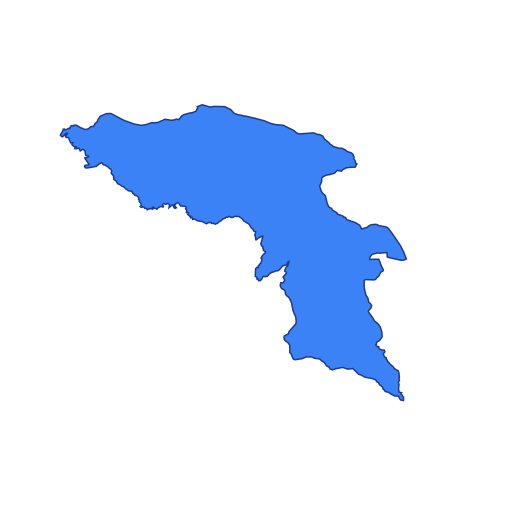 the district of Albania, Santander, Colombia, rotated 249°
{"feature_id": "7082276B24505631438522", "entity_name": "Albania", "entity_type": "district", "adm_level": 2, "iso_a3": "COL", "parent_name": "Colombia", "parent_adm1": "Santander", "projection": "albers", "projection_center": [-73.837, 5.791], "detail": "fine", "context": "isolated", "style": "filled", "palette": "blue", "viewbox_px": 512, "rotation_deg": 249, "n_neighbors": 0, "source": "geoboundaries", "source_scale": "gbopen_adm2", "svg_char_len": 6140}
<svg xmlns="http://www.w3.org/2000/svg" viewBox="0 0 512 512"><g transform="rotate(249 256 256)"><path d="M396.8,286.9L401.9,284.8L406.7,280.2L410.6,270.8L411.4,266.7L416.5,259.9L416.4,254.6L414.8,254.5L414.1,253.2L412.9,252.4L412.7,251.6L412.6,247.7L413.2,245.7L413.8,239.0L413.3,236.9L411.0,232.8L412.3,230.9L412.5,227.4L413.1,225.5L416.3,220.0L415.8,212.6L416.7,208.8L417.8,206.6L418.1,200.2L419.1,195.7L422.8,189.6L429.8,181.5L441.1,171.5L442.5,167.4L442.3,160.7L439.6,156.9L438.3,156.1L437.4,153.3L435.3,151.0L435.9,147.8L434.8,145.2L435.3,141.7L439.0,137.9L442.6,135.1L443.4,132.9L442.8,131.8L443.8,130.8L443.5,129.3L441.8,127.8L442.4,126.5L442.0,124.7L442.2,123.2L442.4,122.7L443.2,122.7L443.5,121.4L442.5,121.0L439.0,116.7L437.2,117.3L436.6,118.2L438.7,122.8L438.5,123.7L437.9,123.8L436.3,121.1L435.6,120.9L434.7,121.3L434.0,123.0L433.4,123.3L428.1,123.5L427.4,125.6L426.3,124.1L424.9,124.4L423.0,125.9L422.3,127.2L421.6,126.9L421.7,125.7L421.2,125.3L420.4,126.9L420.4,128.9L419.7,129.4L417.1,129.6L417.7,132.4L417.3,133.0L415.5,134.0L411.1,133.1L409.6,135.3L408.7,135.5L408.5,134.2L409.1,131.4L408.4,131.3L401.2,133.0L401.0,132.4L401.9,128.8L401.2,128.0L399.7,128.2L399.2,128.7L398.6,130.3L396.9,139.0L398.0,141.7L398.5,145.2L398.0,145.7L395.8,146.2L394.9,148.1L394.0,148.3L392.2,149.8L390.3,150.5L389.0,151.7L387.2,151.8L385.7,150.7L384.7,150.6L381.9,151.7L378.3,150.7L376.6,152.1L373.1,152.8L370.7,155.0L369.2,155.8L367.7,157.5L365.7,158.3L362.7,160.2L361.1,162.9L360.2,163.4L358.6,163.4L358.1,164.0L355.9,164.8L355.0,166.4L353.5,167.1L352.1,167.3L350.8,166.6L349.7,167.3L348.8,166.5L346.2,167.4L344.5,167.1L343.7,165.5L342.5,166.4L342.1,168.7L340.6,169.1L339.6,170.9L338.1,171.0L338.4,172.5L337.9,173.7L338.1,175.0L336.7,176.1L336.9,176.6L338.1,176.6L338.5,177.6L337.2,178.0L336.3,179.5L335.2,180.2L336.2,182.2L336.3,185.0L335.0,186.9L335.5,187.4L337.1,187.0L337.9,188.0L337.9,188.8L336.5,190.3L336.7,192.6L335.0,193.7L332.3,192.1L333.7,196.1L333.4,196.7L330.5,196.8L329.5,197.4L329.6,198.9L331.8,198.1L333.2,198.3L332.9,199.3L333.6,199.8L333.8,202.1L333.3,202.8L329.8,203.5L327.7,207.8L327.1,208.2L326.1,208.2L325.3,207.1L323.7,207.8L321.5,206.6L321.1,206.9L321.0,208.0L320.5,208.5L319.9,208.4L319.1,207.1L318.1,208.0L317.0,208.2L316.5,209.4L315.5,208.7L314.8,208.9L314.6,210.4L312.9,210.0L312.3,212.2L310.2,213.6L308.4,216.2L307.8,217.7L303.8,221.4L304.3,223.5L303.8,224.2L303.9,225.3L303.2,226.2L302.8,226.0L302.1,226.6L301.9,227.9L300.3,229.3L300.5,230.6L300.2,231.4L301.3,234.5L301.6,236.6L302.4,237.9L302.3,240.5L303.0,242.0L302.4,243.2L302.7,245.0L301.1,246.4L300.2,248.4L300.7,250.2L299.4,253.4L298.7,254.4L296.0,256.3L293.3,257.1L288.2,260.9L283.9,261.7L281.9,262.8L280.2,262.8L278.8,264.3L277.1,263.5L276.4,262.4L273.6,262.3L271.2,261.6L271.0,261.8L272.0,265.3L272.3,269.2L272.0,269.5L265.5,264.8L263.3,264.9L262.2,265.7L260.8,265.2L259.7,265.4L258.7,264.9L256.4,266.4L255.8,266.0L254.4,262.6L252.3,259.9L251.2,260.5L249.7,259.7L247.6,257.9L246.8,256.0L245.9,255.5L245.9,254.4L244.4,254.0L244.4,253.4L245.0,252.7L244.2,251.0L237.3,248.0L235.9,249.1L234.0,248.7L233.7,249.8L233.1,249.4L231.8,249.8L231.5,251.4L232.4,253.2L234.2,255.0L234.2,256.1L233.5,256.7L233.0,259.5L234.3,261.5L235.1,264.9L234.8,266.7L235.1,269.1L234.4,270.9L234.7,272.7L237.2,277.3L236.8,281.6L239.1,283.6L239.1,284.7L235.4,282.1L235.0,280.4L232.4,277.7L231.4,277.4L229.9,278.6L228.9,278.1L226.7,273.8L223.0,274.1L221.3,271.7L222.2,269.5L219.8,268.0L217.0,268.1L216.0,268.5L214.7,269.9L212.9,270.6L210.0,269.9L207.7,270.5L205.7,271.8L204.4,272.1L199.6,272.4L191.9,271.0L184.7,271.2L180.2,270.0L178.4,268.9L173.6,259.7L171.8,258.4L171.2,253.6L169.8,252.9L167.9,252.5L166.4,252.9L163.8,254.7L160.6,255.5L153.8,253.0L151.6,253.7L146.5,253.9L145.4,254.9L145.0,255.9L143.6,262.5L143.9,266.3L142.0,271.5L139.4,274.3L137.0,278.6L134.5,279.7L132.5,281.4L128.0,282.6L126.0,284.4L124.1,284.6L123.0,285.7L122.3,286.7L122.2,290.1L120.9,297.1L117.5,301.0L116.2,306.2L108.8,309.4L107.2,311.5L103.8,314.3L100.4,319.9L97.6,323.4L95.4,323.6L93.9,324.9L91.6,325.2L88.8,327.0L86.0,327.0L84.5,328.1L83.7,327.9L82.9,328.5L81.0,331.2L78.9,332.4L75.6,335.3L74.2,338.7L69.8,339.4L68.2,341.9L71.4,343.2L73.1,342.5L74.0,342.6L74.9,341.9L75.7,342.0L76.2,342.9L77.6,340.9L80.8,341.4L84.6,343.4L87.1,343.7L88.6,345.4L90.3,345.5L91.3,346.4L96.1,347.6L98.2,347.6L99.2,346.3L101.5,344.8L103.8,344.2L107.7,342.0L109.3,341.8L110.2,341.0L111.5,341.3L112.8,340.6L114.2,341.2L115.5,340.0L117.9,339.6L119.3,340.1L120.3,342.0L122.2,342.0L123.0,339.9L125.0,337.9L126.2,337.5L127.1,338.1L127.9,337.3L128.1,336.4L129.2,336.0L130.4,336.1L130.4,336.8L132.2,337.5L132.9,341.2L134.8,344.1L135.9,345.0L139.9,346.2L145.1,346.6L148.8,345.6L153.1,343.2L156.0,342.9L163.7,340.9L164.6,341.5L166.3,344.7L168.1,346.1L170.2,345.9L172.6,344.7L176.6,345.4L180.4,344.6L187.4,345.6L189.1,346.2L194.0,348.1L194.9,349.3L191.4,357.7L191.3,359.3L192.5,361.0L193.2,363.4L196.2,366.6L196.5,369.2L197.4,369.9L201.1,369.5L209.0,369.5L212.1,360.9L213.4,361.4L214.7,362.8L215.9,365.1L215.4,370.4L214.4,372.2L212.3,379.5L207.9,378.2L200.3,389.4L199.2,392.2L199.3,395.3L206.9,395.3L213.7,394.6L227.1,391.5L234.2,389.5L235.7,388.7L236.7,387.6L240.3,381.6L242.1,380.1L242.7,379.0L243.9,374.9L243.8,372.6L242.9,370.0L243.5,364.1L245.6,364.2L247.6,363.8L251.5,360.8L257.3,353.9L259.6,353.4L260.0,352.8L260.4,352.8L260.9,351.6L261.5,351.8L262.7,350.9L266.0,346.9L267.4,347.0L271.3,343.8L273.3,343.6L275.6,341.6L279.7,341.3L287.4,342.4L291.1,340.6L293.2,340.2L298.3,340.4L302.3,344.2L305.3,345.3L306.0,347.2L306.3,350.7L305.6,354.0L305.2,359.1L306.5,361.6L306.6,362.7L304.6,366.2L305.5,367.9L306.0,371.9L304.6,377.3L303.4,380.3L303.8,381.1L305.4,382.3L305.7,383.2L306.9,382.3L309.1,382.7L311.6,382.2L313.4,383.0L316.4,382.9L318.0,382.0L321.0,378.5L323.1,377.4L325.7,374.9L327.2,371.6L330.9,367.0L332.0,366.7L333.6,365.3L335.7,364.7L340.6,361.8L344.0,361.3L346.7,358.8L347.6,356.7L349.6,354.8L350.5,353.3L354.5,340.0L356.8,337.7L359.5,336.4L368.4,328.1L371.6,321.4L375.0,316.6L379.2,312.3L383.4,306.5L390.4,296.4L390.9,294.9L392.8,292.6L393.9,290.4L396.8,286.9Z" fill="#3b82f6" stroke="#1e3a8a" stroke-width="1.5"/></g></svg>